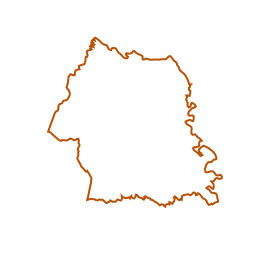 outline of Telêmaco Borba, Paraná, Brazil, rotated 165°
{"feature_id": "56859067B49964335466293", "entity_name": "Telêmaco Borba", "entity_type": "district", "adm_level": 2, "iso_a3": "BRA", "parent_name": "Brazil", "parent_adm1": "Paraná", "projection": "equal_earth", "projection_center": [-50.555, -24.255], "detail": "fine", "context": "isolated", "style": "outline", "palette": "amber", "viewbox_px": 256, "rotation_deg": 165, "n_neighbors": 0, "source": "geoboundaries", "source_scale": "gbopen_adm2", "svg_char_len": 5041}
<svg xmlns="http://www.w3.org/2000/svg" viewBox="0 0 256 256"><g transform="rotate(165 128 128)"><path d="M66.0,32.3L64.7,33.0L63.7,33.2L62.7,33.6L61.3,33.4L60.1,33.5L59.7,34.8L59.9,37.4L59.5,38.6L59.6,40.7L60.3,42.1L61.4,42.9L64.2,43.9L65.4,47.1L67.7,49.6L65.3,50.8L63.9,50.2L62.3,47.5L61.4,47.2L60.5,48.9L60.1,50.2L60.0,51.9L61.3,54.8L59.8,54.5L58.3,54.9L56.5,56.6L55.4,56.7L53.0,55.2L51.3,55.0L50.3,55.4L49.9,56.7L50.5,58.4L51.4,59.0L53.6,58.8L54.9,59.6L56.4,62.7L57.0,63.7L57.9,64.4L59.3,64.8L62.7,64.6L64.5,65.4L64.4,68.7L63.1,70.0L62.5,71.8L60.9,72.9L59.5,74.2L58.0,74.0L56.4,73.5L54.9,74.4L53.2,75.3L51.9,75.0L50.8,75.1L50.3,76.8L50.5,79.2L50.9,80.6L51.5,82.1L52.5,84.1L53.4,85.0L55.6,88.0L56.9,89.0L58.6,90.6L59.8,91.3L62.8,90.2L63.7,89.5L64.9,89.0L65.5,87.7L65.0,85.9L64.0,84.7L63.3,82.4L65.2,82.3L66.5,84.6L67.5,86.5L68.7,87.8L69.9,89.3L70.5,91.5L68.9,92.4L67.5,91.8L66.4,92.0L64.4,91.9L63.6,92.9L63.4,94.4L62.8,95.8L61.8,96.6L60.1,96.6L61.4,99.3L62.7,100.6L63.7,102.3L64.9,104.5L65.8,104.5L67.4,104.8L68.1,106.3L67.7,108.4L66.8,110.3L66.5,112.2L67.2,113.4L68.2,114.6L70.2,116.5L70.9,118.9L69.6,119.7L68.7,119.6L67.3,119.8L66.3,120.0L65.4,119.3L64.2,118.0L63.2,117.9L62.5,119.0L61.8,121.3L61.6,122.6L62.5,123.5L63.5,123.6L65.7,124.0L66.4,125.3L65.5,127.5L64.4,128.5L62.6,129.5L60.5,130.6L58.7,130.5L56.8,131.3L57.7,133.5L58.9,135.2L60.2,135.8L62.4,132.3L63.9,132.2L64.7,133.6L64.4,135.4L63.8,136.6L64.3,138.5L64.4,140.6L63.0,142.4L63.3,144.3L61.7,143.8L60.2,143.1L59.7,144.4L58.7,145.7L58.2,147.7L59.2,149.0L58.9,151.1L57.8,151.4L57.1,152.9L55.9,153.8L57.5,154.2L57.6,155.9L57.6,157.9L58.8,163.4L59.2,164.5L60.1,166.3L61.9,168.7L63.0,170.6L63.2,172.3L63.3,174.0L64.0,175.5L64.2,176.7L64.1,178.1L65.2,179.9L66.4,181.4L67.2,183.9L68.6,186.5L70.0,186.6L72.6,185.2L73.9,184.6L76.0,185.3L77.1,185.6L79.7,185.9L81.5,186.3L83.4,187.0L88.0,187.9L89.8,188.7L91.9,190.0L93.2,190.5L94.1,190.0L95.3,190.0L96.1,190.8L95.5,192.6L95.6,193.9L97.3,195.6L98.7,196.4L100.2,198.0L101.2,199.2L102.0,200.7L103.2,200.8L104.5,199.7L105.6,199.3L107.0,199.5L108.0,199.6L109.3,200.1L110.1,200.7L111.1,199.6L110.5,198.1L109.5,196.9L110.6,195.6L111.8,195.8L113.4,196.7L114.1,197.7L115.4,200.0L116.3,201.5L117.6,203.2L118.3,205.1L118.8,207.1L119.5,208.3L121.4,209.1L123.2,209.1L124.0,207.7L125.2,208.1L126.3,209.6L126.7,211.6L127.0,213.3L129.7,215.0L131.2,216.4L131.9,217.9L133.1,219.9L134.0,221.1L134.9,222.2L136.3,223.7L137.7,223.3L137.5,221.1L139.3,222.3L140.4,221.5L141.1,220.3L140.1,220.1L139.3,219.2L140.0,218.1L139.1,217.2L140.2,216.9L140.3,215.4L141.5,216.9L141.4,218.6L142.5,217.5L143.6,216.7L142.4,215.4L143.7,214.6L142.8,213.3L143.9,213.1L147.2,213.2L148.1,212.2L148.3,210.3L148.1,208.9L149.1,207.3L150.1,207.6L150.9,206.6L151.4,204.9L151.8,203.7L152.7,202.4L153.6,201.0L158.3,200.8L159.4,200.6L159.7,198.9L159.6,197.2L161.0,197.5L162.5,197.2L164.1,196.7L164.9,195.5L165.4,193.9L165.9,192.8L167.1,193.0L168.4,194.0L169.8,194.8L170.9,193.7L172.2,193.0L172.6,191.4L173.6,189.3L174.3,187.3L175.0,186.2L175.7,184.9L176.8,183.1L176.3,181.4L175.7,180.4L175.4,179.1L175.2,177.1L175.7,175.0L176.9,173.5L177.7,172.6L178.6,171.8L179.6,170.9L181.2,170.8L182.4,171.0L183.6,170.9L184.9,169.3L186.3,168.8L187.8,168.8L188.6,168.2L189.6,167.0L190.2,164.8L191.2,163.1L193.4,162.5L194.6,161.6L206.1,145.2L204.9,144.3L203.4,143.0L202.7,141.4L201.5,139.6L200.7,138.6L199.3,136.4L197.7,134.1L195.9,132.9L194.9,133.4L193.5,133.0L192.4,132.6L190.7,131.8L189.2,132.0L188.2,132.3L186.6,132.8L184.8,131.7L183.4,130.1L181.7,130.1L180.4,130.6L178.8,130.4L178.7,128.6L179.7,126.8L179.3,125.0L179.3,123.7L180.2,122.7L181.3,121.5L182.3,120.0L181.7,118.3L182.5,117.0L183.0,114.5L184.2,113.0L184.9,111.4L183.4,105.4L183.3,103.4L179.8,96.7L178.5,97.2L176.3,89.7L177.2,86.2L184.4,71.9L185.2,70.5L186.0,69.1L183.4,69.2L181.6,69.1L180.3,68.3L178.7,67.9L177.7,66.6L175.9,65.9L174.3,66.5L173.0,65.6L171.2,65.4L170.5,64.1L169.6,63.2L168.5,61.2L167.4,61.0L166.4,61.6L165.2,61.6L163.9,62.7L162.9,61.8L162.0,60.6L160.9,60.7L159.5,60.1L158.5,60.2L157.7,61.1L156.7,61.7L155.4,60.8L153.9,59.8L152.8,60.2L151.9,61.7L151.6,63.9L151.1,62.9L149.8,61.9L148.9,61.1L147.7,60.7L146.2,60.7L145.1,60.8L144.4,59.4L143.4,61.0L142.3,61.5L142.4,60.1L141.7,59.1L140.2,58.3L138.5,59.9L137.5,61.5L136.4,60.7L135.8,58.8L134.6,57.9L132.9,56.6L132.2,55.6L131.3,54.7L129.9,55.6L130.4,57.0L129.1,57.6L128.2,57.0L127.0,55.3L125.6,54.6L124.7,54.2L124.5,52.8L123.2,52.4L120.8,49.4L119.6,48.6L118.6,47.3L117.3,45.0L115.3,45.7L113.8,44.7L113.2,43.2L112.4,42.4L111.8,43.9L110.5,44.3L109.3,44.2L107.8,43.5L107.2,45.7L106.4,45.1L105.6,44.0L104.8,43.3L103.6,44.7L102.4,45.1L101.7,46.8L101.0,47.8L101.8,49.0L100.6,49.9L99.8,49.2L99.3,48.0L98.5,46.9L97.9,45.7L96.8,44.8L95.6,45.8L94.6,44.8L94.1,46.2L93.7,47.7L93.0,48.5L91.6,48.7L89.8,48.7L88.6,48.5L87.2,48.5L86.3,47.9L85.1,46.9L83.8,47.4L82.8,47.9L81.7,48.7L80.5,48.4L79.9,47.4L79.8,45.5L78.5,45.5L77.4,46.9L76.3,46.0L75.3,44.4L74.6,42.4L74.0,40.8L72.3,39.5L71.0,37.3L71.0,35.6L69.9,32.8L68.5,32.7L67.2,33.4L66.0,32.3Z" fill="none" stroke="#b45309" stroke-width="2"/></g></svg>